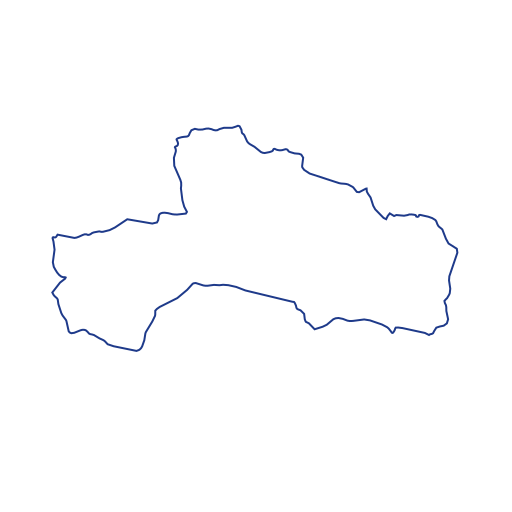 SVG path tracing the border of Takhar, rotated 104°
{"feature_id": "AFG-1765", "entity_name": "Takhar", "entity_type": "Province", "adm_level": 1, "iso_a3": "AFG", "parent_name": "Afghanistan", "parent_adm1": "", "projection": "robinson", "projection_center": [69.729, 36.705], "detail": "fine", "context": "isolated", "style": "outline", "palette": "blue", "viewbox_px": 512, "rotation_deg": 104, "n_neighbors": 0, "source": "natural_earth", "source_scale": "10m", "svg_char_len": 4016}
<svg xmlns="http://www.w3.org/2000/svg" viewBox="0 0 512 512"><g transform="rotate(104 256 256)"><path d="M270.9,54.3L275.2,54.5L278.2,57.0L279.9,60.5L281.9,63.7L285.8,65.0L288.1,65.5L289.1,66.6L289.8,68.1L290.8,69.0L289.8,73.5L290.5,96.4L291.0,100.7L291.7,103.1L292.7,103.4L294.3,103.5L295.9,103.9L297.4,104.6L297.7,105.2L297.3,106.0L296.4,107.0L294.3,109.7L293.4,111.5L292.0,117.2L290.9,129.8L291.4,135.7L295.6,146.4L296.4,149.2L296.6,151.6L296.0,156.6L296.2,161.0L297.2,163.7L298.7,165.7L305.6,170.7L308.5,174.2L312.9,181.4L308.5,188.4L307.8,191.7L307.0,192.4L305.5,193.4L300.5,195.3L297.9,199.7L297.8,200.9L297.5,202.9L297.0,203.8L296.0,204.5L294.5,205.2L292.2,207.0L291.4,208.0L291.6,209.7L292.0,258.0L290.8,267.7L291.0,275.8L291.9,281.0L293.2,284.4L294.2,289.8L296.5,295.6L297.1,297.9L297.3,300.0L296.8,307.9L297.4,309.6L298.2,310.7L305.5,314.6L315.9,322.2L328.7,337.1L331.4,339.4L333.4,340.5L337.2,339.6L338.5,339.5L344.7,340.8L356.6,344.5L357.9,344.6L364.8,344.0L371.2,344.6L373.2,345.2L374.7,346.1L375.5,346.8L377.0,349.0L378.0,372.3L377.5,378.6L375.4,381.8L374.9,382.8L374.5,384.1L373.8,387.9L371.9,394.1L371.8,396.0L371.9,398.0L371.7,399.1L370.2,401.3L369.2,403.3L369.2,405.0L369.7,406.8L370.6,408.4L374.5,413.8L375.6,416.5L375.3,418.2L374.4,419.5L365.0,424.2L364.0,425.0L360.5,429.3L358.5,431.1L350.5,436.1L346.3,437.8L345.7,438.3L345.1,439.0L343.9,441.3L343.2,442.4L342.5,443.2L340.7,444.8L329.2,439.7L324.1,435.7L322.9,435.5L322.8,436.2L323.2,437.9L323.1,439.9L322.0,442.4L320.2,444.9L317.7,447.5L315.4,449.6L311.2,451.6L298.6,453.0L291.0,456.0L287.9,457.7L287.2,457.7L286.8,457.3L286.7,455.8L286.5,455.2L286.1,454.8L285.7,454.5L283.3,453.7L282.4,436.6L281.6,434.7L280.2,432.6L277.5,429.2L276.4,427.5L276.0,425.9L276.2,424.3L276.1,423.9L275.9,423.3L275.4,422.5L274.8,421.8L273.3,420.5L272.3,419.0L270.4,414.9L270.0,413.8L270.0,413.1L270.0,412.0L269.8,411.3L269.5,410.3L266.3,404.3L262.4,399.7L251.5,389.8L249.6,364.5L247.4,360.2L244.9,359.6L240.3,360.0L239.6,359.9L238.9,359.7L238.2,359.3L237.5,358.5L236.7,357.1L236.1,355.1L235.7,351.7L235.7,347.3L235.4,345.0L234.8,342.4L231.8,334.3L229.9,333.7L225.5,337.6L219.7,340.9L208.6,345.2L205.8,345.6L202.8,346.4L200.3,347.9L188.3,357.1L180.6,359.4L174.1,359.1L172.6,359.4L171.3,360.0L170.6,360.6L170.1,361.0L169.6,360.9L169.2,360.5L168.3,359.3L167.4,358.8L165.9,358.8L165.0,359.2L164.0,359.8L162.6,361.0L162.0,361.3L161.3,360.9L160.4,359.9L158.8,357.1L157.9,355.0L156.8,351.9L156.1,350.9L155.0,350.3L152.7,350.0L149.6,349.1L147.4,346.1L147.3,342.5L146.9,340.8L146.2,338.5L144.5,335.2L143.8,332.9L143.7,329.9L144.0,327.7L143.9,325.7L143.3,324.0L141.6,322.0L139.4,318.2L137.4,310.2L135.5,307.1L134.0,305.0L134.0,304.0L134.1,303.3L137.0,300.7L139.2,299.8L140.0,299.3L140.4,298.8L140.6,298.3L140.8,297.7L141.2,297.1L141.7,296.5L146.9,292.4L147.7,291.4L148.4,290.3L149.0,288.8L150.4,283.9L153.9,276.4L154.2,274.5L154.0,272.5L151.9,268.0L150.7,266.1L150.2,265.6L149.7,265.2L149.3,265.1L148.4,265.0L147.8,264.6L147.5,263.8L147.9,261.8L147.9,260.2L147.7,258.4L147.0,256.3L145.4,253.5L145.2,253.1L145.1,252.2L145.2,251.5L145.4,251.0L146.6,249.6L146.9,248.1L147.1,243.4L146.4,238.9L146.6,237.4L146.7,236.6L149.2,234.0L157.6,233.0L158.1,232.8L158.8,232.5L160.8,230.1L163.0,223.9L165.2,193.0L165.1,191.1L164.6,188.2L164.3,186.1L164.3,184.0L165.6,178.9L166.0,178.1L169.4,173.7L169.3,172.3L169.1,171.3L164.1,165.7L163.8,165.0L164.4,164.8L166.6,164.1L168.6,162.3L171.5,159.0L178.9,154.4L181.9,151.6L188.2,141.4L188.8,138.6L185.4,137.9L182.3,136.5L183.8,131.7L182.3,129.7L181.1,122.1L179.6,118.8L178.6,117.3L178.1,115.4L177.8,113.3L177.7,111.2L178.0,110.6L178.5,110.4L178.9,110.1L179.0,108.9L178.4,107.9L176.7,107.5L176.4,106.7L176.2,98.3L176.6,94.2L177.7,90.7L178.7,89.5L181.3,87.7L182.7,86.4L183.4,85.3L184.6,82.7L185.2,81.6L193.3,75.9L197.3,72.2L200.4,62.9L204.1,61.4L228.9,63.5L233.0,62.8L240.7,59.6L245.2,59.0L246.7,59.2L250.7,60.4L252.1,61.3L254.0,62.3L255.9,61.4L257.8,59.8L259.6,59.0L263.3,58.0L270.9,54.3Z" fill="none" stroke="#1e3a8a" stroke-width="2"/></g></svg>